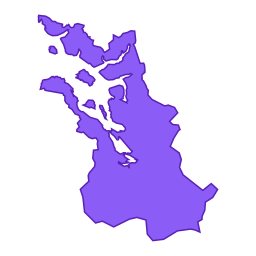 outline of Kvænangen nor, Troms, Norway
{"feature_id": "86288312B24070411232655", "entity_name": "Kvænangen nor", "entity_type": "district", "adm_level": 2, "iso_a3": "NOR", "parent_name": "Norway", "parent_adm1": "Troms", "projection": "albers", "projection_center": [21.813, 69.853], "detail": "fine", "context": "isolated", "style": "filled", "palette": "violet", "viewbox_px": 256, "rotation_deg": 0, "n_neighbors": 0, "source": "geoboundaries", "source_scale": "gbopen_adm2", "svg_char_len": 5595}
<svg xmlns="http://www.w3.org/2000/svg" viewBox="0 0 256 256"><path d="M38.7,15.4L38.4,17.0L38.6,17.2L38.5,20.4L38.7,22.1L39.6,22.0L40.0,21.6L40.0,20.7L41.4,19.4L42.6,21.9L42.2,23.1L42.5,23.8L45.4,25.7L45.0,27.3L45.8,28.0L44.9,28.7L44.9,29.6L47.5,33.1L49.6,34.5L52.7,35.7L57.4,35.4L63.4,32.6L67.7,29.5L68.2,29.8L67.9,30.1L68.1,31.3L68.7,32.7L65.1,37.0L61.6,37.8L60.6,38.6L60.7,39.2L63.7,44.6L65.4,50.0L65.3,51.1L65.8,51.5L66.0,52.8L68.4,54.3L72.3,54.6L74.0,55.7L76.5,55.3L78.3,52.1L78.7,49.3L79.3,49.4L81.1,52.4L79.8,55.8L80.0,57.4L88.8,63.7L90.2,63.4L92.3,66.0L94.1,67.2L103.4,63.1L103.8,62.3L102.4,60.8L101.8,59.2L101.9,57.1L102.8,55.9L103.7,56.8L103.6,59.0L105.9,61.0L111.2,59.5L116.7,59.7L118.1,58.6L119.2,56.1L120.9,54.9L121.7,52.3L121.4,51.8L121.5,51.0L122.5,50.8L123.2,53.0L126.0,51.0L127.1,48.6L127.5,46.0L128.7,44.1L129.4,44.0L129.8,44.4L129.2,45.0L129.9,45.1L130.2,46.2L129.4,48.1L129.3,50.1L128.6,52.0L125.4,54.1L124.7,55.8L122.7,58.0L122.9,59.9L121.4,61.6L119.7,62.1L118.9,63.3L116.7,63.3L114.3,64.6L108.3,64.3L106.7,66.6L103.6,69.5L102.4,69.5L99.7,71.4L99.2,72.4L105.6,78.6L108.4,80.0L113.4,79.6L116.3,78.1L118.9,77.9L120.0,76.3L126.1,74.4L128.6,74.5L130.4,73.5L131.0,73.8L132.0,74.3L128.8,77.1L126.0,77.5L123.2,79.2L125.8,83.3L127.0,86.8L127.0,88.0L126.2,90.6L126.4,91.0L126.6,94.2L125.9,96.1L126.4,98.1L127.7,100.5L126.8,101.3L126.6,102.2L126.8,102.8L120.3,99.6L123.1,98.5L123.0,96.9L123.8,95.1L124.0,93.4L123.8,89.3L122.6,86.2L119.2,85.2L109.7,88.4L109.0,89.9L109.9,93.1L111.4,95.1L114.6,96.8L114.5,97.6L113.5,99.1L111.4,98.1L111.1,98.3L111.3,99.5L109.2,99.5L109.2,100.1L108.4,101.2L108.2,102.3L108.6,104.1L109.7,106.5L109.5,108.6L110.1,109.7L109.3,110.4L111.3,112.1L111.2,113.5L110.7,114.4L111.3,116.3L110.8,117.2L112.2,118.7L112.8,121.0L116.3,123.0L122.3,124.4L125.2,127.8L125.5,129.3L124.0,131.3L120.3,130.7L120.3,131.4L120.7,131.7L117.5,132.3L111.6,128.9L111.9,130.5L110.9,131.6L110.9,132.9L111.2,133.5L114.5,136.3L117.2,139.9L118.3,139.7L118.8,138.6L118.5,137.0L119.4,136.7L130.8,150.1L132.3,151.1L130.5,153.5L127.8,153.0L125.9,154.1L129.8,155.2L137.2,159.7L136.3,159.8L137.0,160.1L136.8,160.6L137.0,160.8L136.6,161.2L136.8,161.6L134.9,163.0L131.5,162.7L129.3,164.0L128.8,164.6L129.3,167.1L129.1,167.6L127.5,165.5L124.4,166.4L118.5,163.2L118.7,161.9L121.8,163.6L127.9,162.8L128.7,162.3L126.1,161.4L127.4,159.7L128.7,159.6L125.1,157.2L124.5,156.5L124.3,154.8L123.4,154.9L124.1,153.3L126.1,152.8L123.7,152.7L120.3,154.2L115.1,150.4L114.9,148.2L114.2,147.2L112.6,142.0L109.0,136.4L109.2,135.8L109.0,134.0L108.5,133.2L110.0,132.1L110.1,130.9L106.1,130.8L105.1,129.5L104.1,129.5L102.3,126.6L102.6,125.5L97.5,119.5L90.0,117.3L83.1,111.8L80.7,111.4L78.4,109.4L76.9,105.3L77.0,102.1L78.2,100.9L77.1,99.0L77.3,98.1L74.4,95.8L73.5,96.3L73.2,95.2L73.4,94.7L71.9,92.5L71.2,91.0L71.1,90.3L73.1,91.9L73.3,91.6L72.7,90.0L73.0,88.9L68.1,83.9L64.5,82.4L64.9,80.9L64.0,78.6L61.4,78.9L60.2,77.4L57.8,77.2L57.3,76.4L55.2,76.6L54.6,77.7L53.2,76.5L52.0,76.6L48.4,79.2L43.2,80.0L42.5,80.8L42.2,82.6L41.3,83.6L41.5,84.8L40.3,89.3L44.3,88.3L45.1,90.3L63.0,93.5L63.6,95.3L64.9,96.0L64.9,100.8L66.2,103.0L69.1,105.1L68.7,107.3L72.0,109.4L75.1,113.9L79.0,115.4L79.6,116.6L79.5,117.5L80.9,119.2L77.4,123.2L79.3,126.9L76.9,129.5L76.8,131.3L81.1,132.6L83.4,132.1L89.0,137.4L92.3,138.7L95.9,137.8L97.8,140.6L97.3,143.9L98.2,149.6L93.5,150.2L92.8,158.4L95.1,162.8L94.6,166.6L89.3,172.9L88.2,175.6L88.8,181.3L80.3,189.3L82.9,197.1L84.6,212.1L95.6,223.0L102.3,221.2L113.7,226.9L129.5,219.1L136.8,217.4L146.0,220.0L147.3,234.1L152.8,240.6L163.6,239.3L177.4,230.9L190.5,229.1L194.9,229.9L199.9,232.1L197.8,221.9L202.0,219.5L202.1,216.3L204.8,210.2L205.4,202.1L212.7,197.5L217.6,189.5L211.2,183.6L202.8,190.4L183.1,174.9L179.5,167.4L181.3,159.5L179.2,152.9L170.2,146.5L174.0,137.8L178.7,130.3L180.0,129.6L178.4,125.1L172.7,124.5L169.6,121.4L177.7,112.8L174.6,107.5L168.4,105.1L164.7,105.9L152.0,99.5L147.9,94.9L148.3,90.3L146.8,88.5L146.0,85.7L143.5,81.0L141.9,79.6L142.2,78.2L141.9,75.0L144.8,72.4L144.3,71.9L145.0,71.2L144.5,65.1L143.6,63.2L140.1,63.4L134.7,46.7L133.3,44.7L135.2,42.9L135.7,40.8L134.7,31.1L130.8,30.8L127.1,32.6L123.0,33.5L120.9,36.3L118.7,37.6L113.4,34.9L113.4,39.8L108.9,43.5L109.6,49.2L104.7,52.4L103.3,51.0L103.0,49.6L100.5,47.3L93.5,45.7L92.6,43.8L93.5,40.3L91.4,39.8L89.3,37.8L89.9,37.0L87.7,36.7L87.0,34.2L84.8,32.3L83.8,32.5L83.1,31.0L83.2,30.1L81.9,28.8L83.6,27.0L84.0,25.4L77.8,23.6L74.8,24.4L73.5,27.3L71.3,27.6L69.9,26.8L69.2,25.1L68.6,24.5L68.0,25.3L66.8,25.1L64.5,27.4L63.4,27.4L62.1,26.7L62.0,25.8L62.6,25.0L62.5,24.2L57.0,22.9L55.2,21.5L52.4,21.4L49.5,18.3L45.7,16.2L38.7,15.4ZM92.8,77.0L89.1,75.0L87.6,72.0L85.6,71.5L84.6,69.8L83.7,69.5L79.2,71.8L79.0,72.3L79.6,73.3L76.5,74.6L78.3,75.8L77.9,76.7L78.1,77.3L77.9,77.8L76.9,77.0L76.0,77.3L76.2,77.8L75.4,77.5L80.6,79.6L80.5,80.2L82.3,80.1L82.6,80.9L83.5,81.1L83.6,81.8L87.8,82.9L89.1,84.7L89.5,84.5L89.0,85.1L89.9,85.9L92.1,84.7L92.3,84.2L92.1,83.6L92.8,83.3L92.6,82.9L92.9,81.8L94.5,80.9L94.9,79.6L92.8,77.0ZM92.8,100.3L88.5,100.1L86.2,102.9L85.9,104.1L83.2,105.1L89.7,107.8L91.0,107.2L94.9,108.8L94.7,107.0L95.1,106.0L94.8,104.4L94.1,104.0L94.4,102.4L92.8,100.3ZM57.1,52.9L56.5,50.9L56.7,50.1L53.9,46.5L50.6,46.3L49.5,47.2L50.0,47.5L50.2,48.7L49.0,49.2L49.5,50.1L49.3,50.4L49.7,52.0L55.1,53.9L57.1,52.9ZM102.1,105.7L99.9,105.4L99.6,106.6L100.5,109.0L101.9,110.0L101.7,110.9L103.2,114.1L103.8,114.4L103.8,115.7L105.1,118.6L106.2,119.1L105.5,118.1L105.7,117.8L105.7,116.2L106.4,115.2L106.2,114.0L105.6,112.5L103.6,110.7L103.6,110.1L103.9,110.1L103.7,109.1L102.1,105.7Z" fill="#8b5cf6" stroke="#5b21b6" stroke-width="1.5"/></svg>